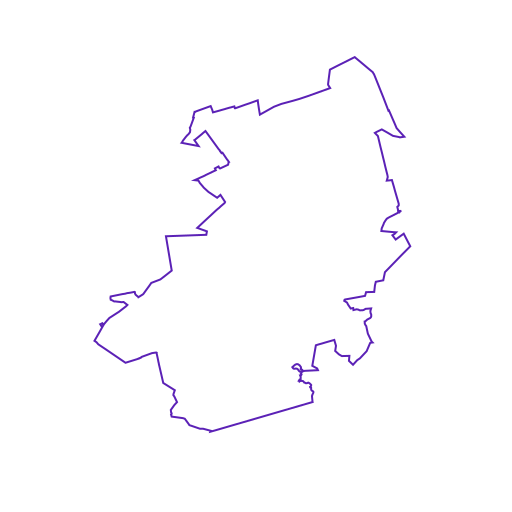 Tequisquiapan, Querétaro, Mexico (Equal Earth projection), rotated 69°
{"feature_id": "50627088B65246255323427", "entity_name": "Tequisquiapan", "entity_type": "district", "adm_level": 2, "iso_a3": "MEX", "parent_name": "Mexico", "parent_adm1": "Querétaro", "projection": "equal_earth", "projection_center": [-99.971, 20.542], "detail": "fine", "context": "isolated", "style": "outline", "palette": "violet", "viewbox_px": 512, "rotation_deg": 69, "n_neighbors": 0, "source": "geoboundaries", "source_scale": "gbopen_adm2", "svg_char_len": 5751}
<svg xmlns="http://www.w3.org/2000/svg" viewBox="0 0 512 512"><g transform="rotate(69 256 256)"><path d="M412.6,255.5L412.4,255.5L406.7,253.9L406.5,253.6L405.7,253.1L404.7,252.0L404.1,251.4L403.3,251.1L402.5,251.4L401.9,252.0L401.3,252.3L400.2,252.3L398.6,251.7L398.1,251.9L397.8,253.2L397.4,251.7L396.8,251.0L396.1,250.7L395.1,251.1L394.1,251.6L393.0,252.5L392.9,253.2L393.0,253.8L392.7,255.0L391.9,255.6L391.5,256.3L390.6,256.5L389.7,256.9L389.2,257.7L388.8,258.1L388.8,258.9L388.3,259.5L388.6,260.1L388.7,260.4L388.2,260.4L387.9,260.8L387.0,259.6L387.3,258.9L387.1,258.6L385.9,258.0L384.9,257.6L384.2,257.6L383.7,257.6L383.9,257.3L383.2,256.3L383.0,256.0L382.6,256.1L382.1,256.4L381.7,255.9L381.2,255.2L380.8,255.1L380.1,255.5L379.6,256.6L378.8,257.0L377.8,257.3L376.7,257.6L375.8,258.3L375.3,259.3L375.1,260.4L374.6,261.3L373.7,261.7L372.8,261.9L372.4,260.8L372.0,259.9L371.5,258.3L371.5,256.8L372.0,255.7L372.9,255.0L373.8,254.4L374.7,254.2L375.6,253.9L376.7,254.1L377.1,254.3L377.5,254.8L378.3,254.5L378.6,253.8L379.2,253.5L379.7,253.4L380.5,253.3L380.6,251.9L384.8,239.1L382.9,239.2L378.7,242.8L360.8,232.1L360.8,231.8L361.0,229.0L361.3,226.1L361.6,222.1L362.0,217.5L362.4,213.0L368.5,213.5L373.0,216.1L377.6,213.8L380.2,211.7L382.7,204.6L387.2,206.8L392.3,204.4L389.5,198.8L388.8,195.7L384.5,186.8L378.1,180.6L378.0,180.4L378.5,178.2L377.4,178.7L368.6,179.4L364.7,178.8L360.9,178.2L360.0,178.5L358.2,178.7L355.3,177.8L356.3,177.7L355.2,174.9L354.8,171.5L354.2,170.5L353.7,170.1L352.7,169.7L352.2,169.5L351.6,169.4L350.4,169.5L348.5,169.0L348.3,168.9L346.2,167.3L345.0,171.3L344.6,172.6L344.9,174.3L345.0,174.9L344.8,176.1L343.9,178.6L342.7,179.7L341.8,181.2L341.4,184.4L339.4,183.9L339.3,184.4L339.0,186.4L334.4,187.5L332.1,187.7L329.5,189.7L328.6,189.0L328.6,188.8L328.5,188.5L331.0,175.5L332.3,168.5L331.8,168.1L329.2,166.2L331.9,158.5L326.1,155.5L323.0,153.4L324.3,145.9L319.0,142.5L317.3,141.4L313.0,132.1L308.5,122.4L306.9,118.9L302.2,108.5L295.3,109.3L288.1,110.1L290.5,119.0L290.7,119.7L285.5,121.2L285.1,118.9L284.1,116.7L283.1,118.9L277.6,130.0L275.2,128.7L272.0,125.5L271.0,124.7L269.4,122.6L268.0,120.5L268.0,119.7L267.7,119.0L266.6,108.6L266.3,107.9L266.6,107.2L266.3,106.7L266.6,106.4L266.0,105.7L266.0,104.2L264.9,107.2L263.4,106.8L260.8,106.5L260.0,104.7L258.6,104.1L258.0,104.0L254.5,103.7L245.0,102.9L241.2,102.5L233.8,101.9L233.2,104.5L232.8,105.7L232.5,106.9L229.5,104.7L227.5,104.3L227.4,104.3L219.1,103.3L213.3,102.5L210.0,102.1L204.7,101.4L198.8,100.7L194.4,100.1L187.7,99.2L183.7,100.9L183.4,99.0L182.9,93.2L188.0,89.0L192.9,85.1L196.3,79.7L196.8,79.2L197.8,74.8L191.9,77.1L187.0,78.9L181.4,79.1L177.0,79.3L172.1,79.5L167.7,79.7L167.8,80.3L160.3,80.3L153.3,80.3L147.3,80.4L139.6,80.5L132.9,80.6L128.4,80.7L128.0,80.9L126.3,81.1L120.8,84.2L115.9,86.9L105.7,92.6L107.7,112.7L108.5,120.2L115.5,124.0L121.5,127.2L122.4,127.3L125.8,126.6L125.3,150.3L124.9,159.3L124.3,166.2L123.1,177.8L123.1,185.7L124.6,196.0L125.4,201.7L119.5,200.5L115.0,199.5L111.3,198.6L111.2,202.5L111.1,207.5L110.9,212.1L110.8,216.2L110.7,220.4L110.7,220.5L110.6,222.7L110.5,222.8L108.6,222.6L108.4,224.4L108.2,226.8L108.1,227.0L107.7,231.5L107.7,232.1L107.3,236.1L107.2,237.6L106.9,240.7L106.5,244.7L105.0,244.6L104.5,244.5L104.0,244.5L103.6,244.5L99.8,244.6L99.5,260.3L99.7,261.1L99.4,261.7L101.8,263.4L104.3,265.2L104.5,265.0L104.7,264.6L111.8,270.8L112.5,271.8L112.9,271.9L113.0,271.9L114.6,272.1L116.8,273.3L118.2,275.6L118.5,276.6L119.7,278.9L121.6,282.0L122.0,282.7L123.6,284.6L123.7,284.8L125.6,281.8L129.0,276.3L132.8,270.2L132.4,270.3L129.7,271.0L128.1,271.4L125.8,272.0L125.8,271.9L122.6,262.3L122.5,262.2L121.2,258.4L125.6,257.2L126.0,257.1L143.2,252.5L143.7,252.2L145.9,251.7L145.9,251.8L147.6,251.3L147.5,250.7L147.4,250.5L147.5,250.3L155.7,248.4L156.1,248.2L158.5,247.6L158.5,247.9L160.4,249.1L160.8,249.4L161.4,258.2L161.2,258.4L161.1,258.5L160.6,258.7L159.8,258.8L159.0,258.9L159.5,263.0L161.1,262.9L161.5,262.8L162.4,274.0L162.5,274.4L162.7,276.6L162.8,279.2L162.8,279.3L163.0,282.0L163.2,286.1L165.0,282.7L166.2,282.5L166.3,282.5L166.8,282.4L167.6,282.3L169.0,281.8L172.1,280.7L173.4,280.3L175.0,279.5L176.0,279.0L179.2,277.4L180.3,276.6L181.0,276.1L182.3,275.2L184.6,273.6L187.7,271.4L187.2,270.1L187.2,269.9L187.0,269.4L186.2,267.3L194.5,265.5L195.3,266.4L196.0,268.4L197.0,271.2L197.8,273.1L198.1,274.1L198.9,276.4L208.7,300.8L215.4,293.0L218.4,294.8L205.3,333.0L239.4,339.9L242.0,348.3L243.6,353.7L243.6,363.4L245.7,366.5L248.6,371.0L251.1,374.8L251.3,375.4L252.3,380.5L252.2,380.5L249.9,381.8L248.8,382.3L247.6,382.4L247.1,382.2L246.1,382.1L246.0,382.3L245.9,382.4L245.6,384.3L245.3,386.0L245.0,387.5L244.5,389.5L244.3,391.7L243.9,393.5L243.7,394.3L241.7,406.2L243.1,407.0L244.8,407.3L246.0,406.0L247.4,404.9L247.7,404.5L247.9,403.8L248.9,401.9L250.4,399.0L250.8,398.5L251.5,396.1L255.6,393.6L256.4,395.4L258.8,403.4L258.9,403.6L259.6,407.0L260.4,410.8L261.3,415.1L263.3,419.0L265.1,422.2L266.0,423.4L265.9,423.4L265.6,423.4L265.2,423.4L264.3,423.4L264.1,423.4L263.7,423.5L263.7,424.0L263.8,424.7L263.9,425.4L263.9,425.9L266.3,425.4L266.9,424.5L270.8,429.2L277.3,437.2L277.6,437.0L279.3,435.8L281.9,434.9L292.9,427.2L308.9,416.1L309.7,403.9L309.6,401.8L309.8,401.8L309.6,399.5L309.2,399.1L309.4,387.9L310.3,383.8L310.7,383.4L311.0,383.6L316.8,384.5L318.6,384.8L319.6,385.0L320.3,385.1L321.3,385.2L321.6,385.3L322.1,385.4L323.4,385.6L323.6,385.6L334.3,387.1L341.3,388.1L352.2,379.9L355.3,382.5L356.3,383.0L357.8,382.6L364.1,382.1L365.9,385.7L369.2,390.7L371.6,391.3L372.6,391.1L373.4,391.6L373.5,392.1L375.7,392.3L381.2,382.3L382.4,380.8L389.0,379.0L389.7,378.9L390.0,378.8L390.2,378.6L391.5,377.0L397.2,370.2L398.3,367.3L403.0,360.8L403.7,361.5L404.2,356.2L412.6,255.5Z" fill="none" stroke="#5b21b6" stroke-width="2"/></g></svg>